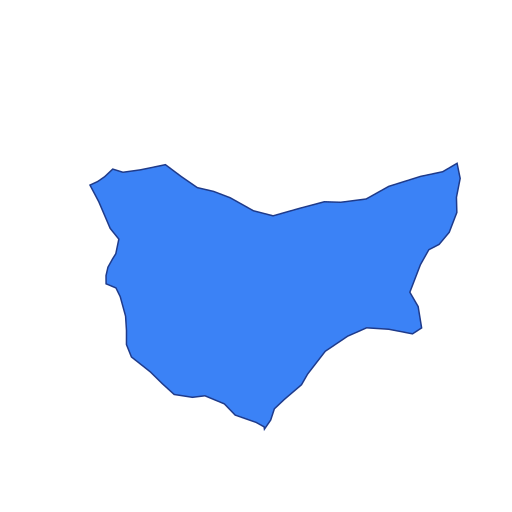 the district of Eda, Värmland, Sweden, rotated 21°
{"feature_id": "70781695B29968345732345", "entity_name": "Eda", "entity_type": "district", "adm_level": 2, "iso_a3": "SWE", "parent_name": "Sweden", "parent_adm1": "Värmland", "projection": "natural_earth1", "projection_center": [12.201, 59.829], "detail": "fine", "context": "isolated", "style": "filled", "palette": "blue", "viewbox_px": 512, "rotation_deg": 21, "n_neighbors": 0, "source": "geoboundaries", "source_scale": "gbopen_adm2", "svg_char_len": 956}
<svg xmlns="http://www.w3.org/2000/svg" viewBox="0 0 512 512"><g transform="rotate(21 256 256)"><path d="M325.9,414.6L328.5,403.9L327.9,392.1L333.7,380.0L344.6,359.9L346.5,347.7L354.8,320.1L370.3,298.0L385.0,283.4L406.2,276.8L430.0,272.6L436.4,263.8L425.5,245.1L412.6,234.7L412.6,205.2L415.1,188.2L422.8,179.5L427.9,164.6L427.9,143.4L422.1,129.4L418.8,110.4L410.5,97.4L400.1,110.4L381.1,122.7L355.0,143.4L338.4,163.3L315.8,175.5L300.3,180.9L280.1,195.5L257.5,212.4L237.3,214.7L211.2,210.9L193.3,210.9L176.7,213.2L157.7,208.6L138.7,203.2L117.2,217.0L101.8,225.5L91.1,226.2L86.3,236.2L81.5,243.2L75.6,249.3L89.8,261.7L110.0,282.5L121.9,289.4L124.3,304.1L123.1,310.3L121.8,319.5L123.0,328.0L126.0,335.7L136.7,336.0L143.8,342.6L155.8,358.9L161.8,372.0L166.8,385.1L175.9,394.9L199.0,402.1L214.1,408.7L229.2,414.6L247.3,410.7L258.4,404.8L279.5,405.4L293.6,412.0L315.7,411.3L324.8,412.6L325.9,414.6Z" fill="#3b82f6" stroke="#1e3a8a" stroke-width="1.5"/></g></svg>